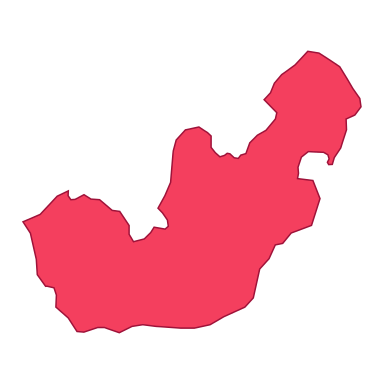 outline of Nyong-et-So, Centre, Cameroon
{"feature_id": "32672807B23369878558765", "entity_name": "Nyong-et-So", "entity_type": "district", "adm_level": 2, "iso_a3": "CMR", "parent_name": "Cameroon", "parent_adm1": "Centre", "projection": "natural_earth1", "projection_center": [11.573, 3.467], "detail": "fine", "context": "isolated", "style": "filled", "palette": "rose", "viewbox_px": 384, "rotation_deg": 0, "n_neighbors": 0, "source": "geoboundaries", "source_scale": "gbopen_adm2", "svg_char_len": 1559}
<svg xmlns="http://www.w3.org/2000/svg" viewBox="0 0 384 384"><path d="M185.4,129.9L176.2,140.0L173.3,150.8L173.0,153.6L170.6,182.4L164.9,195.7L158.0,208.2L162.5,212.9L167.4,220.0L168.3,226.3L165.1,229.1L154.1,227.2L150.7,232.6L144.3,238.9L142.9,239.3L133.5,241.7L129.1,234.3L129.1,225.5L119.7,211.4L112.2,210.4L99.6,199.7L91.0,199.1L84.0,194.7L75.1,199.4L70.8,199.7L68.1,195.7L68.3,190.9L57.2,196.2L40.2,214.4L23.0,221.8L30.4,233.2L36.3,259.3L37.3,274.7L45.6,286.3L47.0,286.2L54.0,287.8L56.4,295.1L55.9,307.1L68.2,317.9L77.0,331.5L83.9,332.1L85.4,331.6L97.7,327.5L104.5,327.5L106.9,328.4L119.3,332.7L132.0,326.4L140.8,325.0L142.8,324.7L156.1,326.4L161.0,326.7L180.6,328.1L194.4,328.1L195.9,327.8L210.1,324.7L223.8,316.7L225.8,315.8L233.5,312.3L244.9,307.1L253.3,297.9L259.7,269.0L267.5,260.4L269.0,258.8L275.3,244.9L282.7,243.4L291.2,233.0L311.5,225.4L320.0,198.6L312.9,180.5L297.5,178.6L298.5,173.3L298.0,167.3L301.4,157.1L308.3,151.6L314.1,151.9L323.6,152.3L327.9,154.8L329.1,158.9L327.4,162.3L328.7,164.6L332.3,164.4L334.3,157.6L340.7,148.0L342.5,142.2L346.5,129.8L346.1,119.0L354.9,115.0L361.0,106.8L359.8,98.5L352.8,88.5L347.0,78.6L339.7,66.7L330.3,60.4L319.0,53.1L307.8,51.3L298.1,61.7L295.0,65.0L284.0,73.0L281.7,74.6L274.4,83.2L270.5,92.8L264.1,99.7L276.8,112.7L275.4,119.0L266.0,130.3L257.4,135.2L249.8,142.8L245.9,153.6L240.8,155.1L238.3,158.4L234.2,157.8L229.9,153.8L227.2,153.3L224.5,155.4L219.9,156.8L215.3,152.7L211.1,147.4L211.1,136.0L207.5,132.6L204.0,130.4L198.9,127.0L185.4,129.9Z" fill="#f43f5e" stroke="#9f1239" stroke-width="1.5"/></svg>